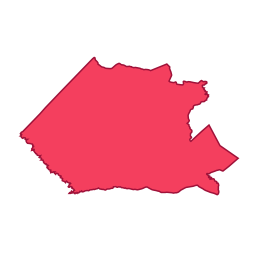 the district of Chepalungu, Rift Valley, Kenya, rotated 86°
{"feature_id": "3690345B98705633113269", "entity_name": "Chepalungu", "entity_type": "district", "adm_level": 2, "iso_a3": "KEN", "parent_name": "Kenya", "parent_adm1": "Rift Valley", "projection": "equal_earth", "projection_center": [35.269, -0.895], "detail": "fine", "context": "isolated", "style": "filled", "palette": "rose", "viewbox_px": 256, "rotation_deg": 86, "n_neighbors": 0, "source": "geoboundaries", "source_scale": "gbopen_adm2", "svg_char_len": 5844}
<svg xmlns="http://www.w3.org/2000/svg" viewBox="0 0 256 256"><g transform="rotate(86 128 128)"><path d="M102.3,45.6L101.6,46.0L101.2,45.5L100.6,45.4L100.6,46.2L100.1,46.5L99.9,47.5L100.0,48.3L99.6,48.7L99.3,48.2L99.2,47.3L98.7,46.8L98.2,47.2L97.5,46.8L97.3,47.8L96.8,48.5L96.3,48.2L95.8,48.7L95.4,49.2L94.8,49.1L94.4,49.8L94.0,49.8L93.4,49.2L93.2,50.1L92.7,50.8L91.9,50.7L91.2,51.0L90.6,50.8L90.4,49.8L90.4,48.8L89.6,47.9L89.0,47.7L89.2,46.9L88.7,46.2L87.6,46.2L87.2,46.6L86.9,47.8L87.0,49.7L85.8,51.3L86.2,52.3L88.2,54.7L88.1,55.8L87.3,59.2L86.3,62.7L86.0,64.3L86.0,65.0L86.3,65.7L86.2,66.4L85.4,68.1L85.2,69.1L85.6,69.6L87.7,69.5L88.7,70.2L88.8,71.0L87.8,76.1L87.4,76.4L85.9,76.7L85.4,77.2L85.9,79.1L85.8,79.9L85.2,82.3L84.9,82.9L84.5,83.4L84.1,83.8L78.7,80.9L78.0,80.8L75.1,81.3L71.6,82.4L70.0,82.1L66.9,84.8L72.3,101.4L71.4,103.2L71.1,104.5L70.8,106.2L70.9,108.1L70.2,109.6L70.1,110.3L69.8,111.0L69.4,111.6L69.2,112.2L68.1,116.4L68.2,118.2L67.9,118.8L67.5,120.0L67.1,120.3L67.0,121.1L66.5,122.3L66.6,122.9L66.6,125.0L66.3,125.7L65.5,126.8L64.9,127.9L64.4,130.2L63.1,131.8L62.9,132.5L63.2,133.4L63.6,134.5L64.3,135.8L67.2,139.6L67.5,140.5L67.5,141.8L67.0,145.3L66.8,146.3L65.9,147.7L65.3,149.7L64.8,150.5L63.2,152.2L62.4,153.4L61.1,153.4L59.9,154.0L59.2,154.6L58.6,155.1L58.1,155.6L57.5,155.9L55.7,156.1L55.3,156.8L56.4,158.4L87.2,192.7L101.9,208.9L107.6,214.7L124.3,233.3L124.6,234.2L125.0,234.9L125.5,235.2L126.1,235.1L126.3,235.7L126.9,235.4L127.3,234.6L127.8,234.9L128.4,235.8L128.5,235.3L129.2,235.3L130.7,234.2L131.0,233.6L130.3,232.7L130.8,231.2L132.2,231.4L132.5,231.0L132.2,230.4L132.3,229.1L133.1,230.3L134.2,230.5L135.2,230.1L136.2,229.3L136.8,226.2L137.2,225.5L137.3,224.7L137.8,224.2L138.3,224.1L138.8,224.3L139.1,223.8L139.6,223.4L140.0,223.5L140.1,224.3L141.2,224.5L141.6,225.1L142.2,225.5L143.0,225.3L143.6,225.6L143.5,225.0L142.8,223.9L142.9,223.1L143.5,223.2L144.0,223.7L145.9,222.6L146.3,222.1L147.1,221.9L147.3,221.2L147.8,220.7L148.4,220.7L148.9,220.2L149.2,219.4L149.4,218.5L149.7,217.9L149.5,217.1L150.1,217.4L150.6,218.1L151.2,218.6L152.1,216.6L152.8,216.3L153.3,216.5L153.8,217.1L153.9,216.3L154.2,215.6L154.3,214.9L154.8,215.0L155.8,214.4L156.3,214.6L157.7,213.7L157.8,213.0L158.2,211.9L158.6,211.8L158.6,212.4L159.1,212.0L159.5,210.5L159.9,210.2L160.1,210.9L160.7,211.1L161.4,210.9L161.5,211.6L162.0,211.5L162.9,210.5L163.6,210.2L164.0,209.8L164.5,208.7L164.6,208.0L165.2,208.0L165.6,208.5L166.0,208.0L166.6,208.2L167.2,208.1L166.9,207.5L167.0,206.1L166.5,205.6L166.7,204.1L167.1,204.6L167.8,204.6L169.1,203.4L168.4,203.1L168.2,202.3L168.8,200.9L169.9,200.7L170.7,199.6L171.3,199.1L171.0,198.4L171.4,198.1L172.2,198.7L172.8,198.9L173.7,197.0L174.2,196.7L174.7,197.1L175.3,197.3L176.0,197.2L176.7,195.6L177.5,194.6L178.1,194.1L177.5,193.9L176.7,193.1L177.1,192.6L177.7,192.3L178.1,191.8L178.5,191.2L178.8,189.6L179.3,189.1L179.7,189.5L180.1,190.3L180.7,190.7L181.8,191.1L182.2,191.7L182.8,191.5L183.0,190.7L182.8,190.1L182.3,189.4L182.6,188.6L183.0,188.0L183.5,187.7L183.8,188.2L184.3,188.1L184.6,187.6L184.9,186.8L185.5,186.2L186.4,185.7L186.7,186.5L187.1,186.8L187.8,187.0L187.9,187.8L187.0,188.8L188.3,189.4L188.2,190.2L188.5,190.8L189.1,191.3L189.2,189.8L188.9,188.6L188.9,187.7L188.5,186.8L189.0,186.3L189.6,186.0L189.8,185.4L189.1,185.0L189.2,184.2L189.6,183.4L188.8,183.2L189.2,182.5L189.3,181.7L188.8,181.4L188.6,180.7L188.0,180.5L188.2,179.8L188.0,179.2L187.6,178.6L188.5,178.2L188.4,176.7L187.7,175.2L187.5,173.2L187.7,172.2L187.8,171.5L187.1,170.3L187.0,168.0L186.8,166.6L187.0,165.7L186.5,164.0L186.5,163.1L185.8,161.6L186.9,160.3L187.2,158.7L187.5,158.1L187.4,157.2L188.3,155.0L188.0,154.1L187.5,153.3L187.4,152.3L187.5,151.7L187.5,150.9L187.4,150.3L187.0,148.8L187.1,147.9L186.8,147.2L186.3,146.8L185.6,146.6L185.7,146.0L185.6,144.2L186.3,143.2L186.4,142.5L186.1,141.8L186.0,141.2L186.3,140.4L186.2,139.6L187.0,138.7L187.2,137.2L187.8,135.8L187.6,134.9L187.9,134.5L188.3,134.0L188.3,133.3L188.5,132.7L188.4,132.0L188.4,131.3L189.8,127.0L189.7,126.3L189.7,125.4L189.9,124.4L190.2,123.5L190.3,122.5L189.6,118.6L189.2,117.2L188.7,116.0L188.1,114.3L188.3,112.8L189.2,111.6L190.9,108.9L191.3,108.1L191.9,106.1L192.4,104.2L193.1,102.3L193.2,101.5L194.6,99.4L194.9,95.4L194.8,94.1L194.9,93.2L195.6,88.9L196.1,87.1L195.9,85.5L196.0,84.3L195.7,82.8L195.3,81.9L193.6,79.5L192.5,77.0L192.0,76.0L191.3,74.2L190.7,67.6L190.5,66.4L190.1,65.1L189.9,63.4L190.0,62.6L191.4,61.4L193.8,57.6L194.8,56.4L195.7,55.0L197.1,52.0L197.9,50.4L199.1,46.9L200.0,45.0L200.5,44.3L200.7,43.5L200.0,42.5L198.3,41.9L197.1,41.9L196.5,42.1L195.7,42.3L195.1,42.1L192.8,42.0L191.5,41.5L190.1,41.7L189.3,42.1L189.3,43.0L188.8,43.4L188.2,43.1L187.6,43.5L187.2,44.2L187.1,44.9L185.8,45.5L185.3,45.5L184.7,46.0L184.7,48.0L184.8,49.5L184.3,49.3L183.8,48.0L183.2,48.2L182.9,49.8L183.4,50.3L183.0,51.0L182.5,51.0L182.5,50.3L182.3,49.7L181.7,49.8L181.1,51.3L180.5,51.6L180.1,52.3L179.6,52.7L179.0,52.5L179.0,51.5L179.3,50.5L179.2,49.7L178.4,49.0L177.1,44.3L176.5,42.5L176.4,41.5L176.0,39.8L176.3,38.9L177.4,36.8L177.5,36.2L173.2,29.9L165.9,20.2L152.0,37.5L130.7,47.0L136.5,54.7L145.7,66.2L145.2,66.8L143.9,67.2L143.2,66.8L142.2,65.5L141.8,65.3L141.3,65.5L140.8,66.0L140.2,66.3L139.1,66.2L137.8,66.0L136.8,64.8L136.1,64.5L135.5,64.6L134.8,64.5L133.1,66.1L132.7,66.3L132.0,66.1L130.4,66.9L129.5,67.1L129.0,67.0L128.6,67.3L128.0,68.3L127.6,68.7L127.1,68.3L126.2,67.1L125.6,66.7L125.0,66.4L124.6,66.4L122.9,67.1L120.2,67.2L119.7,67.2L118.2,66.6L116.0,65.2L114.8,64.7L114.2,64.3L113.8,63.8L113.6,63.0L113.5,62.2L113.0,62.0L112.5,61.6L111.8,61.4L111.2,61.4L110.5,61.0L109.9,59.8L109.7,58.1L109.7,57.2L109.4,56.3L109.1,54.9L108.6,54.2L108.2,53.9L107.5,53.7L106.8,52.3L107.0,51.6L106.9,50.0L106.5,49.4L106.0,49.1L105.5,47.6L105.0,47.7L104.5,47.4L103.8,47.2L103.2,46.5L102.6,46.3L102.3,45.6Z" fill="#f43f5e" stroke="#9f1239" stroke-width="1.5"/></g></svg>